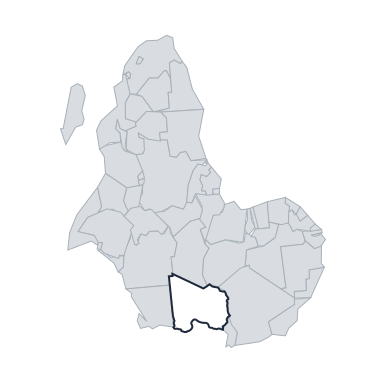 where Libya sits in Africa, rotated 175°
{"feature_id": "LBY", "entity_name": "Libya", "entity_type": "country or territory", "adm_level": 0, "iso_a3": "LBY", "parent_name": "Africa", "parent_adm1": "", "projection": "natural_earth1", "projection_center": [17.634, 26.339], "detail": "fine", "context": "in_parent", "style": "outline", "palette": "slate", "viewbox_px": 384, "rotation_deg": 175, "n_neighbors": 49, "source": "natural_earth", "source_scale": "50m", "svg_char_len": 12760}
<svg xmlns="http://www.w3.org/2000/svg" viewBox="0 0 384 384"><g transform="rotate(175 192 192)"><path d="M256.6,201.8L276.6,218.1L276.3,234.7L280.4,242.7L277.4,245.3L258.7,248.0L255.7,238.8L244.5,234.1L240.3,226.1L239.3,217.3L244.7,212.3L243.4,202.6L256.6,201.8Z" fill="#d9dde1" stroke="#a8b0b8" stroke-width="1"/><path d="M99.2,77.5L98.8,84.1L86.8,83.9L86.2,95.2L82.7,95.6L82.1,104.2L66.7,105.6L83.1,76.3L99.2,77.5Z" fill="#d9dde1" stroke="#a8b0b8" stroke-width="1"/><path d="M239.3,217.3L244.5,234.1L236.9,234.9L235.4,249.2L240.1,250.9L240.4,255.6L230.9,248.4L212.1,246.1L210.6,229.5L204.4,228.0L200.3,232.5L194.5,232.9L190.2,223.3L174.5,222.9L179.9,217.3L183.6,219.3L189.0,213.1L195.1,199.5L198.6,179.2L202.0,175.6L213.1,180.0L225.4,174.6L231.9,174.7L235.9,178.9L240.7,177.5L246.3,188.0L241.4,195.0L239.3,217.3Z" fill="#d9dde1" stroke="#a8b0b8" stroke-width="1"/><path d="M285.6,205.0L283.3,185.4L287.6,179.1L298.3,175.7L308.8,162.6L293.2,157.4L288.8,151.4L291.0,147.5L296.6,151.9L320.8,145.0L317.4,162.3L308.8,179.2L285.6,205.0Z" fill="#d9dde1" stroke="#a8b0b8" stroke-width="1"/><path d="M276.6,218.1L256.6,201.8L260.9,189.3L257.0,179.0L261.8,173.5L272.5,181.9L286.6,180.5L283.3,185.4L285.6,205.0L276.6,218.1Z" fill="#d9dde1" stroke="#a8b0b8" stroke-width="1"/><path d="M221.2,161.6L218.4,159.7L217.1,158.4L217.4,153.5L211.3,142.5L215.3,129.0L218.5,129.3L218.2,110.0L222.4,110.0L222.3,101.2L266.2,101.2L268.9,116.1L272.5,118.8L266.8,123.4L265.0,138.3L257.6,151.1L256.7,159.6L251.8,144.0L246.7,154.7L241.6,152.6L237.8,156.5L229.4,156.2L223.1,152.7L218.7,159.9L221.2,161.6Z" fill="#d9dde1" stroke="#a8b0b8" stroke-width="1"/><path d="M218.1,111.8L218.5,129.3L215.3,129.0L211.3,142.5L214.8,148.9L196.4,163.1L186.2,165.1L181.3,155.8L187.0,153.9L183.7,139.3L179.8,134.7L186.2,124.8L188.7,108.3L184.9,97.4L188.6,95.0L218.1,111.8Z" fill="#d9dde1" stroke="#a8b0b8" stroke-width="1"/><path d="M190.4,323.0L192.2,320.8L198.1,325.0L203.3,322.5L203.4,306.2L207.0,315.3L209.6,314.8L215.9,308.4L224.5,309.4L238.7,294.4L245.2,295.1L247.7,304.4L247.1,310.9L244.2,310.4L242.8,314.9L244.9,317.3L250.6,314.9L248.0,323.7L233.1,341.4L224.2,346.6L212.8,346.2L203.8,350.3L197.8,347.4L197.2,336.5L190.4,323.0ZM236.3,324.6L233.0,324.2L229.0,328.7L233.0,331.6L236.3,324.6Z" fill="#d9dde1" stroke="#a8b0b8" stroke-width="1"/><path d="M236.3,324.6L233.0,331.6L229.0,328.7L233.0,324.2L236.3,324.6Z" fill="#d9dde1" stroke="#a8b0b8" stroke-width="1"/><path d="M245.2,295.1L233.5,291.7L223.5,275.3L230.2,276.2L242.4,265.5L251.9,270.8L250.8,286.6L245.2,295.1Z" fill="#d9dde1" stroke="#a8b0b8" stroke-width="1"/><path d="M238.7,294.4L224.5,309.4L215.9,308.4L209.6,314.8L207.0,315.3L203.4,306.2L203.5,293.3L207.1,293.2L207.3,277.5L223.5,275.3L233.5,291.7L238.7,294.4Z" fill="#d9dde1" stroke="#a8b0b8" stroke-width="1"/><path d="M203.5,293.3L203.3,322.5L198.1,325.0L192.2,320.8L190.4,323.0L186.3,316.4L182.7,294.5L173.1,273.4L222.8,274.6L207.3,277.5L207.1,293.2L203.5,293.3Z" fill="#d9dde1" stroke="#a8b0b8" stroke-width="1"/><path d="M66.4,138.1L63.2,133.1L69.1,125.6L74.9,124.9L83.6,133.6L85.7,143.2L66.3,143.4L65.8,140.1L77.1,138.5L66.4,138.1Z" fill="#d9dde1" stroke="#a8b0b8" stroke-width="1"/><path d="M85.7,143.2L83.6,133.6L85.6,130.3L108.5,129.8L106.7,88.2L112.4,88.1L141.4,111.3L141.3,114.1L145.5,113.7L142.8,129.5L125.2,132.1L114.0,138.7L108.5,152.2L98.6,153.0L94.7,143.8L90.7,145.8L85.7,143.2Z" fill="#d9dde1" stroke="#a8b0b8" stroke-width="1"/><path d="M66.7,105.6L82.1,104.2L82.7,95.6L86.2,95.2L86.8,83.9L98.8,84.1L99.2,77.5L112.4,88.1L106.7,88.2L108.5,129.8L85.6,130.3L83.6,133.6L74.9,124.9L67.8,127.0L69.4,109.6L66.7,105.6Z" fill="#d9dde1" stroke="#a8b0b8" stroke-width="1"/><path d="M138.7,170.2L135.6,170.7L135.0,157.7L131.7,151.8L139.6,144.1L143.1,150.6L138.9,160.4L138.7,170.2Z" fill="#d9dde1" stroke="#a8b0b8" stroke-width="1"/><path d="M184.9,97.4L188.7,108.3L186.2,124.8L179.8,134.7L183.7,139.3L182.2,143.0L178.1,138.1L162.8,141.5L149.4,136.9L144.4,138.4L142.4,146.6L132.8,141.4L130.6,132.3L142.8,129.5L145.5,113.7L174.4,94.7L182.2,99.0L184.9,97.4Z" fill="#d9dde1" stroke="#a8b0b8" stroke-width="1"/><path d="M138.7,170.2L145.4,137.4L162.8,141.5L178.1,138.1L183.6,144.7L172.9,167.1L163.4,169.4L160.6,176.7L150.8,179.0L144.9,170.2L138.7,170.2Z" fill="#d9dde1" stroke="#a8b0b8" stroke-width="1"/><path d="M183.3,141.3L187.0,153.9L181.3,155.8L186.8,164.0L183.2,176.9L188.7,190.1L164.9,187.6L160.6,177.9L161.6,173.6L166.8,166.8L172.9,167.1L183.3,141.3Z" fill="#d9dde1" stroke="#a8b0b8" stroke-width="1"/><path d="M132.2,149.5L135.6,170.7L132.6,171.7L128.6,150.8L132.2,149.5Z" fill="#d9dde1" stroke="#a8b0b8" stroke-width="1"/><path d="M128.9,149.4L132.6,171.7L117.8,175.8L117.8,149.6L128.9,149.4Z" fill="#d9dde1" stroke="#a8b0b8" stroke-width="1"/><path d="M98.6,153.0L105.5,151.6L118.1,155.4L117.8,175.8L99.4,178.5L100.0,172.6L96.1,169.3L98.6,153.0Z" fill="#d9dde1" stroke="#a8b0b8" stroke-width="1"/><path d="M77.5,142.5L90.7,145.8L94.7,143.8L98.6,153.0L97.4,164.0L93.9,165.6L91.9,160.2L89.1,161.1L86.9,153.7L78.8,158.7L72.0,149.3L77.5,142.5Z" fill="#d9dde1" stroke="#a8b0b8" stroke-width="1"/><path d="M66.3,143.4L77.5,142.5L77.3,145.9L72.0,149.3L66.3,143.4Z" fill="#d9dde1" stroke="#a8b0b8" stroke-width="1"/><path d="M96.8,164.0L96.1,169.3L100.0,172.6L99.4,178.5L85.5,167.9L90.1,160.8L93.9,165.6L96.8,164.0Z" fill="#d9dde1" stroke="#a8b0b8" stroke-width="1"/><path d="M78.8,158.7L86.9,153.7L90.1,160.8L85.5,167.9L78.8,158.7Z" fill="#d9dde1" stroke="#a8b0b8" stroke-width="1"/><path d="M108.5,152.2L113.0,139.7L125.2,132.1L130.6,132.3L132.8,141.4L137.1,142.4L132.2,149.5L117.8,149.6L118.1,155.4L108.5,152.2Z" fill="#d9dde1" stroke="#a8b0b8" stroke-width="1"/><path d="M231.9,174.7L220.7,175.3L213.1,180.0L202.0,175.6L198.2,182.3L193.2,181.3L189.0,187.7L183.1,173.8L186.2,165.1L196.4,163.1L214.8,148.9L217.1,158.4L231.9,174.7Z" fill="#d9dde1" stroke="#a8b0b8" stroke-width="1"/><path d="M198.2,182.3L195.1,199.5L189.0,213.1L183.6,219.3L176.2,217.0L173.5,219.6L170.4,215.0L173.3,212.6L171.9,209.7L176.0,206.1L181.4,208.4L183.0,203.4L180.8,197.4L182.4,192.4L178.7,191.9L177.9,187.7L188.7,190.1L193.2,181.3L198.2,182.3Z" fill="#d9dde1" stroke="#a8b0b8" stroke-width="1"/><path d="M171.1,187.7L177.4,187.5L178.7,191.9L182.4,192.4L180.8,197.4L183.0,203.4L181.4,208.4L176.0,206.1L171.9,209.7L173.3,212.6L170.4,215.0L161.7,202.5L164.3,193.2L171.1,193.0L171.1,187.7Z" fill="#d9dde1" stroke="#a8b0b8" stroke-width="1"/><path d="M164.9,187.6L171.1,187.7L171.1,193.0L164.3,193.2L164.9,187.6Z" fill="#d9dde1" stroke="#a8b0b8" stroke-width="1"/><path d="M244.5,234.1L253.8,239.9L251.5,257.6L253.5,258.8L242.1,262.4L242.4,265.5L230.2,276.2L215.9,274.3L211.0,268.0L211.2,254.1L219.1,254.1L218.7,245.4L230.9,248.4L240.4,255.6L240.1,250.9L235.4,249.2L235.8,237.7L238.0,234.4L244.5,234.1Z" fill="#d9dde1" stroke="#a8b0b8" stroke-width="1"/><path d="M252.1,238.0L257.7,242.1L258.6,257.0L262.7,261.6L260.0,271.2L258.1,261.6L251.5,257.6L254.7,243.7L252.1,238.0Z" fill="#d9dde1" stroke="#a8b0b8" stroke-width="1"/><path d="M258.7,248.0L269.6,248.2L280.4,242.7L281.7,261.9L276.5,270.8L258.8,284.3L260.7,303.3L251.5,308.8L250.6,314.9L247.9,314.8L245.2,295.1L250.8,286.6L251.9,270.8L242.6,267.1L242.1,262.4L253.5,258.8L258.1,261.6L260.0,271.2L262.7,261.6L258.6,257.0L258.7,248.0Z" fill="#d9dde1" stroke="#a8b0b8" stroke-width="1"/><path d="M247.9,314.8L244.9,317.3L242.8,314.9L244.2,310.4L247.9,314.8Z" fill="#d9dde1" stroke="#a8b0b8" stroke-width="1"/><path d="M173.5,219.6L176.2,219.4L174.5,222.9L173.5,219.6ZM175.1,224.3L190.2,223.3L194.5,232.9L200.3,232.5L204.4,228.0L210.6,229.5L212.1,246.1L219.1,246.8L219.1,254.1L211.2,254.1L211.0,268.0L215.9,274.3L173.1,273.4L180.5,247.0L175.1,224.3Z" fill="#d9dde1" stroke="#a8b0b8" stroke-width="1"/><path d="M243.6,208.2L244.7,212.3L239.3,217.3L238.2,210.0L243.6,208.2Z" fill="#d9dde1" stroke="#a8b0b8" stroke-width="1"/><path d="M313.6,250.3L317.5,266.4L314.8,266.4L303.2,307.0L296.9,309.9L292.0,307.2L289.9,297.4L294.7,282.7L293.2,273.8L295.2,268.6L302.3,266.7L313.6,250.3Z" fill="#d9dde1" stroke="#a8b0b8" stroke-width="1"/><path d="M65.8,140.1L72.6,136.9L77.1,138.5L65.8,140.1Z" fill="#d9dde1" stroke="#a8b0b8" stroke-width="1"/><path d="M165.7,64.6L159.0,48.0L162.6,35.4L166.5,33.7L168.8,36.4L171.8,34.8L168.4,46.9L173.1,52.2L165.7,64.6Z" fill="#d9dde1" stroke="#a8b0b8" stroke-width="1"/><path d="M99.2,77.5L99.6,71.1L127.1,56.0L124.7,43.2L128.3,40.8L137.9,36.9L162.6,35.4L159.0,48.0L164.3,56.7L166.7,68.5L164.7,83.2L168.2,90.7L174.4,94.7L150.7,111.8L141.3,114.1L141.4,111.3L99.2,77.5Z" fill="#d9dde1" stroke="#a8b0b8" stroke-width="1"/><path d="M265.5,134.5L266.8,123.4L272.5,118.8L275.9,127.9L290.6,142.0L287.9,142.7L278.9,134.1L265.5,134.5Z" fill="#d9dde1" stroke="#a8b0b8" stroke-width="1"/><path d="M83.1,76.3L96.7,66.3L98.5,54.7L107.5,47.9L111.5,40.6L124.7,43.2L127.1,56.0L99.6,71.1L99.3,76.3L83.1,76.3Z" fill="#d9dde1" stroke="#a8b0b8" stroke-width="1"/><path d="M266.2,101.2L222.3,101.2L222.2,59.1L235.8,62.2L243.2,59.1L246.8,61.9L255.1,60.6L257.8,68.2L255.3,75.6L248.3,67.0L261.5,92.7L261.1,96.4L266.2,101.2Z" fill="#d9dde1" stroke="#a8b0b8" stroke-width="1"/><path d="M308.8,162.6L298.3,175.7L278.0,182.6L265.1,178.2L252.9,163.6L265.5,134.5L269.9,135.4L271.0,132.1L284.9,138.7L287.9,142.7L285.8,149.3L289.6,149.8L293.2,157.4L308.8,162.6Z" fill="#d9dde1" stroke="#a8b0b8" stroke-width="1"/><path d="M287.9,142.7L291.5,143.4L289.6,149.8L285.8,149.3L287.9,142.7Z" fill="#d9dde1" stroke="#a8b0b8" stroke-width="1"/><path d="M256.6,201.8L240.3,203.5L246.5,181.1L257.0,179.0L258.8,182.1L260.9,189.3L256.6,201.8Z" fill="#d9dde1" stroke="#a8b0b8" stroke-width="1"/><path d="M243.4,202.6L244.7,207.6L238.2,210.0L239.2,204.7L243.4,202.6Z" fill="#d9dde1" stroke="#a8b0b8" stroke-width="1"/><path d="M245.0,182.3L240.7,177.5L234.2,178.3L218.7,159.9L225.8,152.1L229.4,156.2L237.8,156.5L241.6,152.6L246.7,154.7L250.6,149.1L249.3,145.2L253.6,144.3L256.7,159.6L252.9,163.6L261.8,173.5L254.6,181.0L245.0,182.3Z" fill="#d9dde1" stroke="#a8b0b8" stroke-width="1"/><path d="M165.8,65.0L166.2,64.7L166.8,64.5L167.2,64.3L167.3,64.1L167.8,63.4L168.0,63.1L168.3,62.5L168.5,62.2L168.5,61.8L168.5,61.4L168.2,60.5L168.0,59.5L168.2,59.2L168.3,59.0L168.6,58.6L169.4,58.3L169.6,58.1L169.8,57.7L170.1,57.3L170.4,57.1L170.6,56.8L171.3,56.4L171.9,56.1L172.6,55.7L173.1,55.4L173.2,55.1L173.2,54.9L172.9,54.4L173.0,53.7L173.0,53.2L173.0,52.9L173.2,52.1L173.7,52.3L174.3,52.4L175.9,53.4L176.5,53.5L177.6,53.7L179.0,53.2L179.5,53.2L180.4,53.6L180.8,53.7L181.5,53.7L182.6,54.1L182.9,54.2L183.6,54.8L183.9,54.9L186.3,55.5L186.6,55.8L186.9,56.5L187.0,57.3L187.1,57.9L187.4,58.7L187.8,59.2L188.2,59.7L188.6,60.0L189.7,60.4L190.9,60.6L192.0,60.6L194.1,61.2L195.8,61.9L196.3,62.2L197.1,62.6L198.9,64.2L199.8,64.7L200.5,64.8L201.1,64.7L202.2,64.2L202.6,63.8L203.7,62.5L204.1,61.7L204.2,61.2L204.2,60.7L204.0,60.3L203.7,59.8L203.5,59.1L203.4,58.0L203.5,57.2L203.7,56.7L204.1,56.2L204.9,55.3L205.8,54.6L207.4,53.8L208.3,53.8L208.7,53.7L209.5,53.1L209.8,53.0L210.2,53.2L211.4,53.1L212.0,53.3L212.7,53.7L213.5,53.9L214.1,54.2L214.7,54.5L214.8,55.2L214.8,55.4L214.8,55.7L215.4,56.2L217.3,56.5L217.6,56.6L218.1,57.0L218.5,57.1L219.7,57.2L220.5,57.1L221.2,57.3L221.4,57.4L221.7,57.7L222.0,58.4L222.2,58.7L222.0,58.8L221.8,59.1L221.7,59.3L221.4,59.7L221.1,60.1L221.2,60.7L221.2,61.3L221.4,61.9L221.6,62.6L221.6,63.0L221.4,63.5L221.3,64.0L220.8,64.9L220.7,65.1L220.7,65.4L221.1,66.5L221.1,66.8L221.3,67.9L221.5,68.7L221.7,69.4L221.8,69.6L221.8,70.6L221.8,71.6L221.8,72.6L221.8,73.5L221.9,74.5L221.9,75.5L221.9,76.5L221.9,77.5L221.9,78.5L221.9,79.5L222.0,80.5L222.0,81.5L222.0,82.5L222.0,83.4L222.0,84.4L222.0,85.4L222.0,86.4L222.1,87.4L222.1,88.4L222.1,89.4L222.1,90.4L222.1,91.3L222.1,92.3L222.1,93.3L222.2,94.3L222.2,95.3L222.2,96.3L222.2,97.3L222.2,98.3L222.2,99.3L222.2,100.2L222.3,101.2L222.3,103.4L222.3,105.6L222.3,107.8L222.4,110.0L221.4,110.0L220.5,110.0L219.6,110.0L218.7,110.0L218.7,110.6L218.7,111.1L218.7,111.7L218.7,112.2L216.9,111.2L215.1,110.1L213.3,109.1L211.5,108.1L209.8,107.0L208.0,106.0L206.2,104.9L204.4,103.9L202.6,102.9L200.9,101.8L199.1,100.8L197.3,99.7L195.6,98.7L193.8,97.7L192.0,96.6L190.3,95.6L189.0,94.9L187.7,95.6L186.7,96.1L185.3,96.8L183.8,97.8L182.6,98.5L181.2,97.2L180.2,96.3L179.8,96.0L178.0,95.5L176.2,95.0L174.3,94.5L173.9,93.8L173.5,92.9L173.0,91.8L172.7,91.1L171.1,90.5L169.6,90.0L168.7,90.3L168.3,90.1L168.0,89.8L167.9,89.4L167.5,88.9L167.2,87.8L167.2,86.9L167.1,86.5L166.4,85.3L165.6,84.1L165.2,83.3L165.1,83.0L165.1,82.5L165.3,82.1L166.1,81.7L166.7,81.2L166.8,80.8L166.9,79.9L166.7,79.6L166.5,79.0L166.4,78.2L166.4,77.7L166.7,76.8L167.0,75.7L166.8,74.6L166.7,72.3L166.8,70.5L166.8,69.9L166.7,69.6L166.5,68.8L166.3,67.9L166.2,67.6L165.8,66.9L165.3,66.0L165.0,65.5L165.4,65.2L165.8,65.0Z" fill="none" stroke="#1e293b" stroke-width="2"/></g></svg>